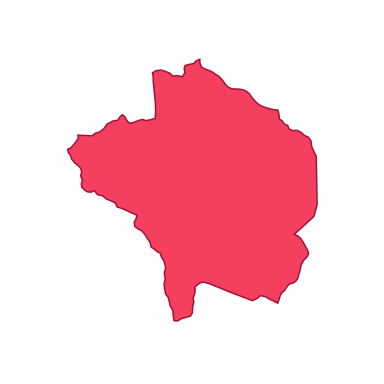 Banzaê, Bahia, Brazil, rotated 292°
{"feature_id": "56859067B70491909190036", "entity_name": "Banzaê", "entity_type": "district", "adm_level": 2, "iso_a3": "BRA", "parent_name": "Brazil", "parent_adm1": "Bahia", "projection": "orthographic", "projection_center": [-38.659, -10.603], "detail": "fine", "context": "isolated", "style": "filled", "palette": "rose", "viewbox_px": 384, "rotation_deg": 292, "n_neighbors": 0, "source": "geoboundaries", "source_scale": "gbopen_adm2", "svg_char_len": 2351}
<svg xmlns="http://www.w3.org/2000/svg" viewBox="0 0 384 384"><g transform="rotate(292 192 192)"><path d="M202.0,64.9L199.0,66.4L195.4,65.7L191.4,64.4L187.3,63.0L185.0,60.7L182.1,62.7L180.1,66.0L177.5,67.9L175.0,72.5L173.9,76.3L172.6,79.4L169.4,82.1L165.4,82.7L161.6,86.0L158.0,86.4L155.2,88.1L153.4,92.1L153.0,95.3L154.1,98.5L156.7,101.0L154.1,105.2L154.9,110.6L153.4,115.3L153.5,119.8L153.1,124.7L150.0,128.4L150.5,133.3L149.8,149.8L145.8,150.1L142.3,149.7L138.7,151.8L137.5,156.0L137.1,160.2L134.8,164.5L131.7,168.6L129.6,172.1L125.6,174.8L125.0,178.3L123.7,181.8L123.5,185.2L120.5,187.8L117.6,191.7L114.0,194.6L110.9,196.3L107.6,196.3L104.7,197.6L101.4,199.8L96.3,200.5L91.2,203.3L87.3,206.0L85.4,209.4L82.1,211.8L78.3,214.4L74.8,218.7L70.8,220.6L66.0,223.5L67.1,227.0L70.1,229.2L73.4,233.3L76.2,237.0L79.8,237.6L83.1,236.6L86.6,235.4L90.4,235.1L93.8,232.9L99.1,232.6L102.2,231.6L105.1,230.3L108.5,232.1L111.4,234.1L113.0,237.4L113.5,244.0L113.4,264.8L113.9,288.8L117.9,292.4L121.4,294.2L122.5,299.1L121.7,303.9L121.4,308.9L121.0,313.1L125.0,313.0L129.4,312.6L132.3,313.1L135.6,314.7L140.2,315.7L143.2,316.7L145.3,319.7L148.0,321.6L151.5,322.4L157.1,321.8L161.5,321.3L165.2,320.5L170.7,321.2L174.4,322.8L178.4,323.3L181.4,320.9L184.0,317.6L186.9,314.2L189.9,309.7L190.9,306.4L191.1,302.7L214.9,314.2L223.7,313.2L227.3,312.7L271.5,293.9L274.6,290.6L278.8,286.1L284.1,283.1L286.4,279.3L286.5,275.3L288.1,270.9L288.6,266.6L286.7,262.3L286.9,258.2L289.5,255.9L289.7,252.1L291.7,248.8L292.6,245.5L296.7,243.5L300.1,240.9L299.2,237.9L298.4,234.0L297.8,228.3L297.7,223.8L298.7,219.3L300.3,215.5L302.4,211.6L304.9,207.8L305.7,204.8L305.9,200.8L304.6,195.8L302.6,190.5L302.8,186.3L304.2,183.0L306.2,179.8L307.7,177.0L309.3,173.8L309.9,170.0L310.8,166.8L311.1,162.5L310.9,159.0L311.3,154.1L314.6,151.0L318.0,149.5L314.8,146.5L311.8,145.6L309.4,141.8L306.7,138.2L303.6,138.5L300.2,140.7L295.3,140.0L294.6,135.2L292.3,131.0L293.8,127.0L293.9,122.1L293.5,117.7L291.2,113.4L287.7,110.7L284.2,112.9L279.8,114.7L263.2,123.5L257.5,126.2L253.8,127.8L246.6,130.3L243.8,126.9L241.0,122.7L240.7,119.0L238.4,115.7L235.0,112.3L232.2,108.3L234.3,104.2L236.8,101.4L237.5,98.4L234.5,97.0L230.8,96.2L228.3,92.2L225.8,90.2L223.5,87.9L217.5,86.5L212.8,83.6L210.5,80.5L206.5,78.1L204.8,72.9L203.2,68.7L202.0,64.9Z" fill="#f43f5e" stroke="#9f1239" stroke-width="1.5"/></g></svg>